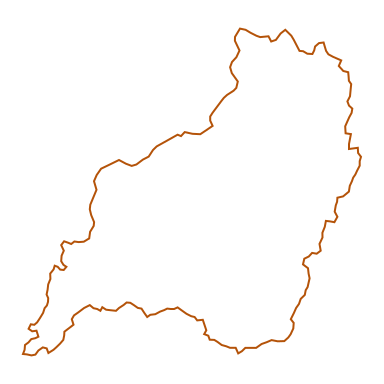 outline of Catarina, Ceará, Brazil
{"feature_id": "56859067B12131034549764", "entity_name": "Catarina", "entity_type": "district", "adm_level": 2, "iso_a3": "BRA", "parent_name": "Brazil", "parent_adm1": "Ceará", "projection": "robinson", "projection_center": [-39.929, -6.241], "detail": "fine", "context": "isolated", "style": "outline", "palette": "amber", "viewbox_px": 384, "rotation_deg": 0, "n_neighbors": 0, "source": "geoboundaries", "source_scale": "gbopen_adm2", "svg_char_len": 2913}
<svg xmlns="http://www.w3.org/2000/svg" viewBox="0 0 384 384"><path d="M240.0,28.6L235.0,36.9L234.9,40.8L239.5,50.5L236.4,57.2L232.0,62.0L230.1,67.2L231.8,73.1L237.8,81.5L236.3,87.9L233.6,90.7L227.1,94.9L223.8,97.9L221.3,101.1L212.7,112.6L210.2,116.5L210.2,120.6L212.6,125.9L200.3,134.2L192.5,133.8L184.7,132.1L181.0,136.1L177.6,134.7L156.7,146.4L153.0,150.0L148.7,156.6L142.9,159.6L136.4,164.5L131.7,165.9L125.9,163.7L119.0,160.0L109.0,164.9L101.1,168.7L96.7,175.0L94.0,181.2L96.5,189.8L90.3,204.7L89.8,209.3L91.2,215.1L94.1,222.1L93.7,225.9L90.1,231.8L89.2,238.4L83.8,241.7L78.6,242.1L74.4,241.5L71.2,244.0L67.8,242.6L64.1,241.3L61.2,245.1L63.8,250.7L61.6,255.7L61.2,261.2L63.5,264.9L66.4,266.8L63.7,270.0L60.2,269.6L57.7,266.8L54.7,265.7L53.6,269.4L50.2,273.6L50.4,279.0L48.2,284.4L47.6,289.7L46.6,294.5L48.2,298.1L48.0,301.9L46.9,305.5L44.6,308.2L43.1,312.9L40.0,318.0L37.1,322.4L34.3,324.8L30.8,324.3L28.6,328.8L32.2,331.3L36.5,330.7L38.4,336.7L35.3,338.2L31.3,339.1L28.5,342.4L25.0,345.0L24.6,349.8L23.0,354.0L26.9,354.4L31.5,355.4L35.4,354.6L38.4,350.5L42.8,347.4L46.7,348.4L48.4,353.0L53.5,349.8L56.4,347.2L60.0,343.7L63.3,339.9L64.2,335.3L64.4,331.7L73.5,324.7L71.8,319.2L74.0,315.4L78.0,312.6L84.1,308.0L89.8,305.1L93.5,308.2L97.2,309.0L100.4,310.8L102.3,307.2L106.1,309.7L110.3,310.2L116.0,310.8L119.0,308.0L123.6,305.0L126.6,302.5L130.3,302.8L133.7,305.0L137.8,307.9L141.5,308.6L144.3,312.9L147.2,317.0L150.3,314.8L155.3,314.2L160.1,311.6L164.2,310.1L167.2,308.6L170.7,309.0L174.1,309.0L177.6,307.4L180.9,309.8L186.5,313.8L191.2,316.2L194.6,317.0L197.2,320.4L202.8,319.8L206.3,330.3L204.2,334.1L208.3,335.7L209.7,339.7L214.3,339.9L217.5,341.9L221.7,345.0L226.3,346.3L230.0,347.8L235.7,347.8L238.2,353.4L241.9,351.2L245.3,347.9L250.8,347.9L256.1,347.9L261.6,344.0L266.7,342.2L271.6,340.1L277.7,341.3L284.3,341.1L288.3,337.5L290.6,334.3L293.3,328.5L293.7,322.9L290.8,319.2L293.9,313.0L296.1,308.0L299.0,303.9L300.7,298.9L304.8,294.9L305.7,290.2L307.6,287.1L309.6,278.3L308.6,273.6L308.0,268.2L303.0,264.4L304.3,258.7L308.8,256.5L312.1,252.9L316.7,253.7L320.7,250.7L319.5,243.9L322.5,237.5L322.4,232.8L324.8,226.8L325.9,220.9L330.1,221.4L334.4,222.2L337.4,216.8L334.7,211.7L335.8,205.3L337.1,201.8L337.4,197.7L343.1,196.4L348.9,191.6L349.8,185.8L351.9,181.3L353.2,177.6L355.3,174.6L357.1,170.7L359.7,165.7L359.7,161.1L361.0,156.8L358.1,153.0L357.8,147.8L349.0,149.0L349.0,144.0L350.9,134.1L345.6,133.3L345.2,126.3L346.8,122.7L349.3,117.1L351.6,112.9L352.3,108.6L349.0,105.6L347.4,101.4L350.0,96.3L350.7,88.9L351.2,84.1L348.9,80.8L348.6,76.6L348.2,72.2L343.3,71.0L338.8,66.0L341.2,60.4L333.0,56.8L328.4,54.3L326.1,50.9L324.7,46.3L323.6,42.5L319.0,43.1L315.1,46.5L314.2,50.4L312.4,54.0L307.3,53.7L303.1,51.2L299.5,50.9L293.7,39.7L291.3,35.7L285.3,29.8L280.6,33.5L275.9,39.9L271.2,41.5L268.5,36.3L260.2,37.1L256.5,35.8L250.6,32.8L245.6,29.8L240.0,28.6Z" fill="none" stroke="#b45309" stroke-width="2"/></svg>